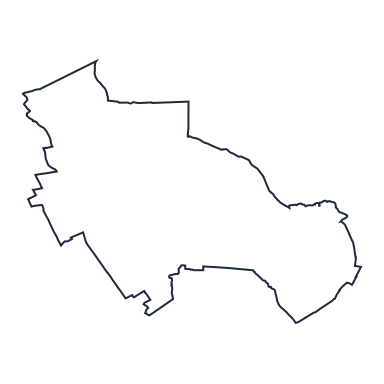 Tatarusi, Suceava, Romania (Robinson projection)
{"feature_id": "2599482B10638600477731", "entity_name": "Tatarusi", "entity_type": "district", "adm_level": 2, "iso_a3": "ROU", "parent_name": "Romania", "parent_adm1": "Suceava", "projection": "robinson", "projection_center": [26.571, 47.355], "detail": "fine", "context": "isolated", "style": "outline", "palette": "slate", "viewbox_px": 384, "rotation_deg": 0, "n_neighbors": 0, "source": "geoboundaries", "source_scale": "gbopen_adm2", "svg_char_len": 5901}
<svg xmlns="http://www.w3.org/2000/svg" viewBox="0 0 384 384"><path d="M96.3,61.1L41.1,88.5L40.5,89.0L37.7,89.4L34.9,89.9L31.7,91.3L29.6,91.5L28.3,92.0L27.3,92.3L24.4,92.8L23.0,93.8L23.3,94.1L23.7,94.7L24.3,95.0L25.2,96.1L26.0,96.5L26.7,97.5L27.4,99.7L27.3,100.0L26.8,100.7L25.8,102.0L25.3,102.4L24.5,103.3L24.0,104.1L24.0,104.3L26.1,106.8L27.8,109.2L29.2,110.0L29.5,110.3L29.9,111.1L29.9,111.3L26.8,113.5L27.1,114.3L26.7,115.5L28.3,117.1L29.5,118.2L29.9,118.4L31.7,119.3L32.4,120.0L32.9,120.2L33.0,121.0L33.5,121.4L34.3,121.1L34.8,121.4L35.3,121.5L35.7,121.9L36.2,121.9L36.6,122.3L38.4,124.6L40.8,126.4L43.1,127.5L44.3,128.5L45.7,130.4L47.0,132.0L47.6,133.5L48.8,135.4L50.4,139.3L50.8,141.7L51.3,144.2L52.0,146.0L52.1,146.4L52.3,146.7L45.2,148.2L45.1,147.8L43.4,148.1L43.8,149.7L45.0,152.0L45.4,155.3L45.4,156.6L45.7,158.4L46.0,159.5L47.3,162.7L48.1,164.7L48.6,165.4L51.2,167.5L55.5,169.6L56.7,171.5L44.9,173.5L42.2,173.8L35.4,174.9L36.6,177.5L39.2,182.2L42.0,188.2L34.8,189.7L33.0,189.8L34.2,192.0L35.9,195.3L28.1,199.2L31.5,206.6L33.2,206.1L35.9,205.6L39.5,205.2L42.1,205.1L43.0,207.1L43.5,208.9L43.4,209.8L43.5,210.4L43.9,211.6L45.2,214.1L45.8,215.3L48.9,220.8L48.9,221.1L49.1,221.6L51.0,225.8L51.3,226.3L53.3,230.7L54.5,233.0L56.2,235.8L57.2,237.8L57.7,239.2L58.8,241.4L59.9,243.2L60.2,244.0L61.0,245.5L61.8,244.5L64.7,241.4L67.4,241.4L71.9,239.0L70.9,237.6L83.1,232.4L84.0,235.3L85.4,240.3L86.2,242.5L88.2,245.8L89.2,247.0L89.9,248.1L90.4,248.7L95.3,255.5L104.1,268.0L104.8,269.2L105.8,270.5L107.5,272.8L107.8,272.9L111.1,277.5L112.0,279.0L113.9,281.8L115.1,283.4L115.8,284.5L117.6,287.1L119.0,289.1L119.9,290.1L125.6,298.4L132.2,295.1L133.3,297.0L133.8,297.4L144.1,291.0L144.6,291.6L144.9,292.1L145.1,292.8L146.1,293.6L149.9,299.2L150.3,299.8L144.8,302.6L143.8,303.8L143.6,304.3L146.8,306.2L148.2,307.9L146.9,309.2L146.3,310.0L145.9,310.8L145.6,312.5L145.2,313.1L149.2,315.4L155.0,311.6L155.6,311.0L157.4,309.9L167.6,302.9L170.5,300.7L172.9,299.2L172.9,298.0L172.5,296.8L172.6,296.0L172.5,295.4L171.9,294.3L171.8,293.2L171.9,291.4L172.2,290.3L172.2,287.3L172.0,286.8L171.4,286.0L171.3,285.6L171.3,285.3L171.9,284.8L172.0,284.5L171.9,283.9L171.4,283.1L171.5,282.5L171.8,281.4L172.0,280.9L171.8,278.3L171.5,278.1L170.0,278.0L169.3,277.6L169.1,276.3L169.6,275.6L170.2,275.1L170.9,275.2L174.5,274.2L178.2,273.8L178.4,273.1L178.9,272.5L178.6,269.4L178.7,268.6L180.1,267.3L180.6,266.6L180.8,266.1L181.1,265.9L181.5,265.4L182.0,265.2L185.2,265.6L185.2,267.3L185.3,268.9L189.9,269.1L190.2,269.6L192.2,269.6L193.6,270.2L197.1,270.2L203.3,270.2L203.2,266.5L205.9,266.6L215.0,267.1L229.6,268.1L253.2,270.3L253.8,271.6L254.0,271.8L254.5,272.0L254.9,272.2L255.5,273.5L256.1,273.9L256.5,274.1L262.0,279.3L262.6,280.1L263.4,280.5L264.6,280.5L265.3,280.9L265.6,281.8L266.3,282.5L267.8,283.5L268.0,283.8L268.4,286.2L268.8,286.8L269.0,286.9L270.8,286.9L271.1,287.0L271.2,287.3L271.1,287.8L271.6,288.3L272.5,288.9L273.4,289.0L274.8,290.2L275.4,292.2L275.4,293.0L276.7,298.1L276.8,298.6L276.9,300.0L277.9,302.7L278.7,304.3L279.1,304.8L279.2,305.3L280.3,306.7L286.0,311.7L288.8,314.8L290.7,316.5L293.4,319.6L295.7,322.9L298.3,322.1L311.7,313.9L313.0,313.0L315.0,312.3L316.1,311.8L320.1,308.8L324.6,305.8L332.5,300.6L334.0,298.9L334.8,298.8L336.8,294.5L339.6,290.5L339.2,290.2L342.6,286.4L346.8,282.7L348.0,283.1L348.9,283.0L349.7,283.5L351.5,284.4L352.0,284.8L356.3,276.9L355.8,276.9L361.0,266.9L355.0,265.9L355.9,257.6L355.6,257.6L354.6,251.2L354.5,250.0L353.1,242.4L351.8,240.0L348.3,231.9L344.9,224.6L344.2,223.9L341.5,221.7L341.1,221.5L340.7,221.6L341.4,220.6L342.4,219.7L343.5,219.0L345.5,218.1L346.2,217.6L347.1,216.6L347.2,215.5L344.9,214.2L343.2,213.5L341.6,212.6L339.9,212.4L338.7,211.4L338.1,210.2L337.6,209.3L336.8,208.4L335.8,207.4L335.8,207.2L336.0,206.8L336.0,206.5L335.4,204.6L335.5,204.0L335.3,203.6L334.5,202.8L333.7,202.2L332.8,202.1L332.0,201.8L331.1,201.8L330.5,201.6L329.8,201.1L327.8,201.4L327.6,201.4L327.4,201.9L327.2,202.0L326.6,201.4L325.7,200.8L324.3,200.8L323.5,201.1L321.6,202.4L321.3,202.5L319.9,202.7L319.6,202.8L319.4,203.1L319.3,203.5L319.5,204.6L319.7,205.2L319.5,205.9L319.3,205.9L319.3,205.1L319.0,203.9L318.8,203.5L318.5,203.1L317.3,202.9L316.6,203.0L314.9,203.8L314.9,204.4L314.4,204.2L313.4,204.9L312.6,205.3L311.6,205.4L310.3,205.3L309.5,205.2L308.5,205.3L306.7,205.7L305.6,206.3L304.2,204.7L303.3,204.7L302.8,204.6L301.4,203.9L300.8,203.5L298.7,204.0L297.8,204.3L297.1,205.0L296.5,205.2L295.7,204.7L294.6,204.9L291.4,205.2L290.0,205.3L289.5,205.5L289.1,205.8L288.8,206.2L288.8,206.5L289.2,207.1L289.4,207.9L287.7,206.8L286.4,206.3L281.1,203.1L279.9,202.2L279.2,201.3L278.6,200.9L274.4,196.4L274.0,195.9L273.6,195.2L273.1,194.0L272.6,193.5L271.5,193.0L270.8,192.2L269.1,190.6L268.5,188.8L267.1,185.9L263.8,177.5L262.8,175.7L259.0,170.8L258.7,170.3L257.4,168.6L253.3,166.0L251.7,164.7L250.6,163.2L249.7,161.5L249.1,160.5L249.0,160.2L246.6,159.0L243.6,157.7L241.6,156.6L240.5,156.5L240.1,156.6L239.0,156.6L238.2,156.5L233.7,153.9L231.3,152.8L230.3,152.5L228.5,150.9L227.3,149.7L226.4,149.1L224.2,149.3L223.4,149.5L223.2,149.4L222.6,149.6L221.9,149.4L221.4,149.7L211.7,145.6L207.9,143.7L205.5,143.0L204.5,142.7L202.7,141.7L200.0,139.9L197.9,138.8L196.5,138.4L195.2,138.2L194.0,137.8L193.0,137.7L192.0,137.4L190.4,136.5L189.6,136.2L189.2,136.4L188.9,136.9L188.3,136.9L187.8,136.5L187.7,136.2L187.7,135.8L188.4,128.7L188.5,101.6L152.1,103.0L151.7,102.4L138.2,103.1L133.9,102.3L133.0,102.2L131.3,103.3L130.7,103.5L130.1,103.4L128.5,102.9L127.8,102.6L120.1,102.7L119.0,102.6L118.6,102.3L118.4,101.9L117.9,101.7L107.9,100.6L108.0,99.6L107.8,99.0L107.8,96.7L107.7,96.3L107.2,95.4L107.1,94.2L106.7,93.1L106.5,92.1L105.6,89.7L104.8,88.3L103.5,87.0L101.9,84.9L101.0,84.1L100.5,83.2L99.4,82.1L98.4,81.4L97.4,80.2L95.6,77.1L95.2,75.8L94.6,73.5L94.6,72.5L94.9,70.3L94.8,68.8L95.0,68.0L94.9,67.6L94.8,66.1L95.0,64.2L95.6,62.2L96.3,61.1Z" fill="none" stroke="#1e293b" stroke-width="2"/></svg>